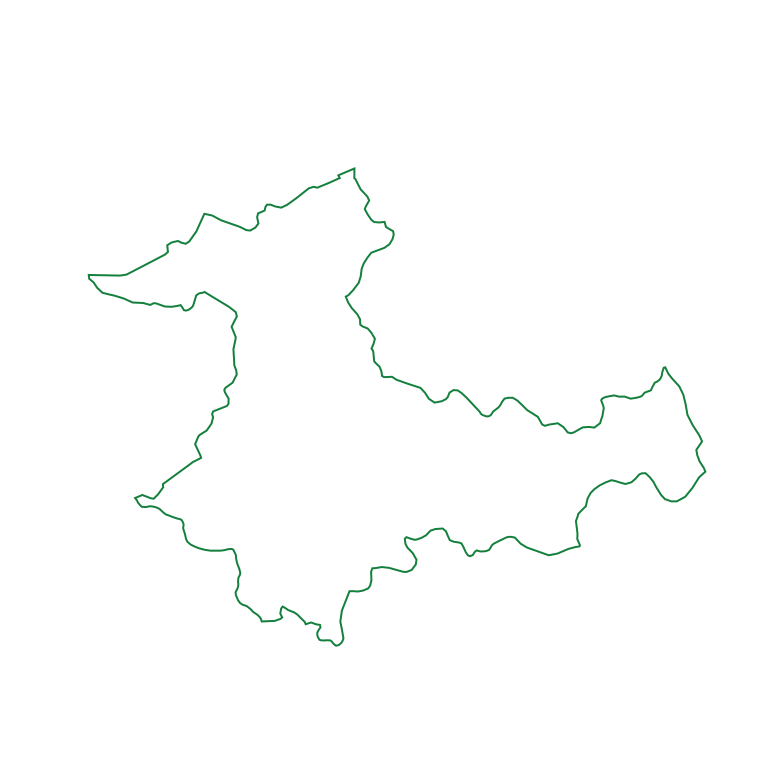 the district of Las Cañas, Cerro Largo, Uruguay, rotated 158°
{"feature_id": "84410073B95825273384383", "entity_name": "Las Cañas", "entity_type": "district", "adm_level": 2, "iso_a3": "URY", "parent_name": "Uruguay", "parent_adm1": "Cerro Largo", "projection": "mercator", "projection_center": [-53.783, -32.451], "detail": "fine", "context": "isolated", "style": "outline", "palette": "green", "viewbox_px": 768, "rotation_deg": 158, "n_neighbors": 0, "source": "geoboundaries", "source_scale": "gbopen_adm2", "svg_char_len": 5758}
<svg xmlns="http://www.w3.org/2000/svg" viewBox="0 0 768 768"><g transform="rotate(158 384 384)"><path d="M657.5,371.5L656.7,368.7L656.5,365.9L656.4,365.5L655.5,363.1L654.7,361.0L653.5,360.3L651.5,359.4L649.3,358.8L647.4,358.5L645.5,357.7L643.3,356.4L640.8,354.4L638.9,352.2L636.9,347.9L635.2,344.9L629.1,339.3L626.3,336.9L624.2,335.4L622.7,334.0L622.3,331.8L622.3,329.2L623.1,327.5L623.8,326.5L624.3,325.2L624.8,319.2L625.6,314.4L625.4,311.4L624.4,309.5L623.5,307.7L621.4,305.2L617.0,300.9L611.8,297.1L607.0,294.3L602.4,292.5L598.2,290.8L594.6,289.8L591.7,289.4L589.5,289.0L587.4,288.3L586.4,287.6L585.8,286.7L585.5,282.7L585.5,280.4L586.2,278.6L586.8,276.1L587.2,273.7L587.4,271.0L587.4,269.4L587.4,267.4L587.8,264.1L588.1,262.4L589.3,260.8L591.4,259.1L592.3,257.6L593.4,255.3L594.0,253.0L595.2,250.8L597.0,248.7L598.8,247.3L599.7,246.3L600.4,243.8L600.3,238.1L599.5,234.9L598.0,232.6L596.4,231.1L594.6,229.7L593.3,227.5L592.1,225.4L591.2,223.1L590.8,221.8L589.5,219.9L587.7,217.2L586.7,214.8L586.1,212.2L586.3,209.6L579.7,207.3L574.1,205.3L568.0,205.0L565.8,205.8L566.2,209.9L563.5,214.3L561.3,215.6L559.7,213.6L557.5,210.3L552.7,205.7L550.7,202.7L548.8,198.1L546.6,193.1L546.6,190.6L541.0,190.2L536.9,186.6L533.6,184.6L534.1,182.1L537.1,180.2L538.8,178.6L539.9,176.3L540.1,174.3L539.7,171.1L538.5,170.0L536.0,168.8L532.5,167.6L529.9,166.4L528.8,164.7L528.4,162.8L527.1,160.1L526.5,159.3L523.9,158.9L520.8,159.8L518.7,161.3L516.9,163.3L515.0,172.1L513.5,180.1L507.9,189.7L493.6,204.8L490.5,203.6L485.7,201.3L480.7,200.3L475.3,200.4L472.5,202.1L469.2,206.7L466.3,214.7L463.8,217.5L460.9,216.5L454.6,215.1L448.1,211.6L436.6,202.7L433.5,201.3L428.1,201.2L422.2,204.7L419.7,208.8L420.7,216.5L423.5,223.3L424.0,227.6L422.7,232.7L420.6,233.6L418.1,231.3L413.9,228.0L411.3,227.5L406.8,227.3L401.6,228.0L395.8,230.6L390.8,230.3L383.7,228.0L381.7,224.2L381.7,219.4L381.5,214.6L378.4,211.6L373.8,208.9L371.9,207.1L371.4,203.0L371.2,197.5L370.4,193.7L368.7,192.1L365.6,192.2L363.0,194.2L360.4,195.0L357.5,192.7L355.2,191.8L352.0,190.8L348.7,190.8L346.3,192.4L344.6,193.9L342.3,194.8L337.2,195.3L334.0,195.5L328.2,195.9L326.0,195.6L323.8,194.9L320.2,192.6L317.1,184.7L312.8,178.9L295.4,163.5L286.8,161.8L274.7,162.0L268.0,161.2L263.6,160.2L262.7,161.1L262.9,167.8L260.8,172.4L259.3,177.7L257.4,185.0L254.3,188.4L252.4,190.9L246.7,193.4L242.6,195.1L238.1,201.6L233.2,205.6L228.3,207.7L222.0,209.2L215.5,209.7L209.1,209.6L205.5,207.1L201.3,203.6L197.5,200.8L191.4,200.2L186.2,202.0L181.2,204.5L178.5,204.6L174.9,203.3L172.5,198.1L170.9,192.6L170.2,186.1L168.6,177.2L166.6,172.0L161.5,167.5L156.4,165.5L147.0,166.6L137.0,172.1L126.7,179.5L118.9,182.3L118.9,186.2L120.4,194.2L120.2,200.7L119.1,205.9L110.6,211.6L110.9,218.3L113.2,230.2L114.2,241.8L111.9,252.3L110.5,262.0L111.1,271.2L114.7,280.8L116.5,286.8L117.0,294.1L118.6,294.2L121.5,290.8L123.3,287.7L125.7,285.5L127.0,284.7L129.9,283.9L132.5,283.8L137.4,279.7L138.6,278.3L140.3,278.1L143.1,278.3L145.7,278.3L148.0,277.0L149.5,276.3L151.8,276.2L154.9,276.7L156.0,276.9L160.8,278.0L165.6,282.2L170.8,284.2L174.9,287.2L180.0,288.3L183.3,288.9L185.8,288.9L188.0,288.3L188.8,287.3L188.8,284.4L188.9,281.5L189.3,279.2L191.4,275.9L193.6,272.3L195.8,269.9L198.3,266.7L205.3,264.8L209.8,267.3L215.8,269.3L219.7,268.9L224.5,268.2L226.8,268.0L229.1,268.3L231.8,270.3L233.8,276.9L237.6,282.5L246.0,284.5L250.6,285.0L252.5,287.3L253.7,296.0L260.9,306.0L266.4,318.5L269.7,322.9L274.0,324.7L277.7,325.3L280.9,323.4L284.3,320.7L286.6,319.4L293.1,317.6L296.3,315.3L298.6,314.8L300.8,315.4L302.5,316.7L304.4,318.5L305.4,320.3L305.6,322.3L310.0,333.7L312.7,340.6L315.5,346.6L318.1,350.5L321.8,352.3L326.4,351.5L329.7,348.1L332.2,346.8L336.9,346.4L344.1,347.8L348.0,353.6L349.2,360.4L351.7,366.8L361.6,375.1L370.8,383.2L373.9,387.7L378.9,389.4L381.4,390.4L382.8,392.2L381.6,397.0L381.7,401.9L383.5,405.6L384.6,408.7L381.7,418.5L382.3,421.5L378.8,425.0L375.5,429.3L376.5,436.1L378.3,441.5L382.3,445.4L383.8,447.9L382.0,452.9L382.6,458.6L385.4,466.3L386.7,473.0L386.7,479.3L383.7,479.7L377.6,482.5L369.4,487.4L365.3,492.5L361.6,499.1L357.5,503.5L352.0,507.4L346.6,510.5L332.7,510.1L326.6,511.5L321.8,515.2L319.0,518.9L318.3,522.3L320.6,525.2L323.3,528.8L322.8,534.1L327.8,535.5L332.5,537.9L334.2,540.8L335.7,547.7L336.3,553.3L334.5,555.3L329.0,559.7L329.2,563.8L331.1,569.1L332.7,572.9L333.4,580.3L333.7,584.4L334.4,585.9L332.3,591.0L330.7,594.9L348.2,594.6L347.9,591.5L349.5,591.5L359.0,591.1L372.2,591.0L375.5,593.2L380.4,593.6L395.7,589.1L406.7,586.4L413.2,586.0L418.4,589.4L421.9,592.7L425.3,594.1L427.5,592.7L429.6,589.6L432.8,589.4L436.8,589.4L439.2,586.1L440.3,579.8L444.7,577.2L450.6,576.4L454.0,578.3L458.9,583.8L473.8,596.9L480.2,604.6L486.8,609.1L500.9,595.7L511.2,589.1L515.3,588.3L518.9,590.9L521.4,593.8L528.0,594.8L533.0,593.8L534.9,587.3L538.8,586.0L581.8,581.9L588.1,583.4L616.9,595.7L617.9,592.0L615.2,587.0L613.9,580.6L610.9,574.1L606.0,570.5L600.7,566.8L593.3,560.8L586.5,553.7L576.9,549.3L571.2,544.9L567.2,545.2L565.1,544.1L558.1,537.9L551.9,535.1L545.7,533.7L543.0,533.3L542.4,530.8L541.8,527.4L540.0,526.2L537.6,526.0L535.6,526.4L533.3,527.1L531.7,528.1L529.9,530.2L524.9,536.5L521.3,537.3L517.7,536.5L515.8,536.5L513.4,533.1L498.8,513.6L494.5,506.1L495.1,501.8L499.3,498.2L503.9,494.1L503.9,483.0L505.3,480.5L510.5,472.8L512.2,467.9L513.9,462.7L515.8,457.4L515.9,452.0L517.0,447.9L520.2,445.2L523.8,442.0L528.5,440.8L532.3,439.9L534.2,438.5L534.6,436.5L534.2,432.6L533.5,428.8L534.6,426.3L535.6,423.9L537.9,422.5L543.0,422.5L552.6,422.6L554.6,420.6L554.9,417.2L558.8,411.9L565.8,407.3L574.1,405.8L576.1,404.6L581.7,398.9L581.0,386.2L581.3,384.0L590.6,383.2L594.6,382.1L626.5,374.0L627.4,371.0L634.7,366.4L640.5,363.9L643.1,365.5L649.6,371.6L657.5,371.5Z" fill="none" stroke="#15803d" stroke-width="2"/></g></svg>